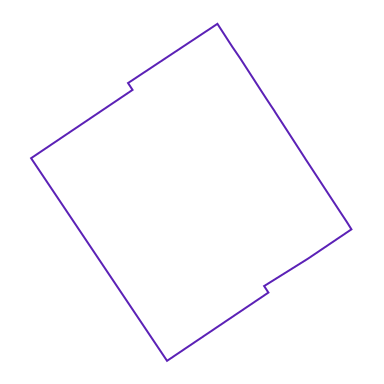 Page, Iowa, United States of America, rotated 236°
{"feature_id": "52423323B95233245971314", "entity_name": "Page", "entity_type": "district", "adm_level": 2, "iso_a3": "USA", "parent_name": "United States of America", "parent_adm1": "Iowa", "projection": "mercator", "projection_center": [-95.164, 40.738], "detail": "fine", "context": "isolated", "style": "outline", "palette": "violet", "viewbox_px": 384, "rotation_deg": 236, "n_neighbors": 0, "source": "geoboundaries", "source_scale": "gbopen_adm2", "svg_char_len": 553}
<svg xmlns="http://www.w3.org/2000/svg" viewBox="0 0 384 384"><g transform="rotate(236 192 192)"><path d="M163.6,304.7L184.1,305.1L189.2,305.2L207.2,305.5L211.8,305.6L212.6,305.6L212.8,305.7L214.4,305.7L219.6,305.7L229.1,305.8L234.9,305.9L276.2,306.7L289.6,306.6L295.7,306.7L317.2,307.1L318.1,199.9L309.9,199.8L310.0,77.5L66.0,76.9L65.9,199.1L73.7,199.2L71.9,250.5L71.9,303.3L80.5,303.6L92.4,303.7L153.3,304.5L154.8,304.5L155.5,304.5L157.7,304.6L158.1,304.6L158.7,304.6L158.8,304.6L163.6,304.7Z" fill="none" stroke="#5b21b6" stroke-width="2"/></g></svg>